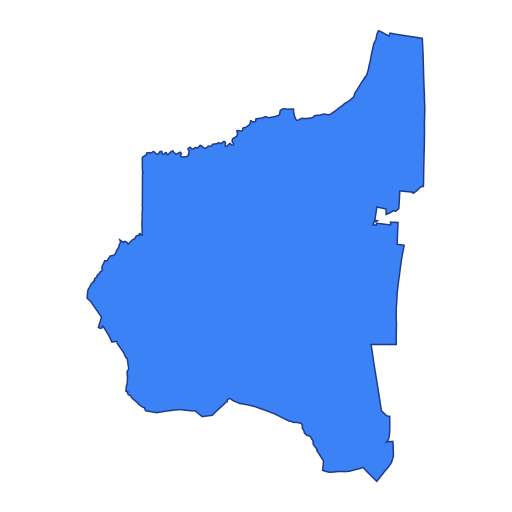 Cuautitlán Izcalli, México, Mexico (orthographic projection)
{"feature_id": "50627088B3961407760868", "entity_name": "Cuautitlán Izcalli", "entity_type": "district", "adm_level": 2, "iso_a3": "MEX", "parent_name": "Mexico", "parent_adm1": "México", "projection": "orthographic", "projection_center": [-99.233, 19.658], "detail": "fine", "context": "isolated", "style": "filled", "palette": "blue", "viewbox_px": 512, "rotation_deg": 0, "n_neighbors": 0, "source": "geoboundaries", "source_scale": "gbopen_adm2", "svg_char_len": 6056}
<svg xmlns="http://www.w3.org/2000/svg" viewBox="0 0 512 512"><path d="M156.5,412.7L165.4,411.2L175.6,409.9L180.1,409.6L192.1,410.9L195.0,410.8L202.2,416.6L212.2,415.3L215.9,411.6L223.6,404.6L226.3,401.8L227.2,401.7L227.3,401.5L227.3,399.9L229.2,398.3L231.4,399.4L232.4,400.2L233.3,400.8L238.3,402.8L239.6,403.5L241.5,403.8L241.7,403.6L243.0,403.8L244.1,404.2L248.1,404.9L255.3,406.7L258.7,408.0L269.2,411.7L271.6,412.8L273.3,413.2L289.1,421.1L291.7,421.5L292.9,422.3L297.0,422.5L301.1,423.3L301.8,424.4L302.6,426.2L302.2,427.4L302.2,428.0L302.3,428.3L303.4,429.8L304.1,431.2L304.2,432.4L304.9,433.3L305.2,434.0L306.3,434.6L306.7,435.2L308.2,435.7L309.4,436.0L310.2,436.3L310.4,436.6L311.9,439.3L313.0,440.6L313.1,440.9L312.9,441.9L313.3,442.3L313.4,442.7L313.2,443.4L313.3,443.7L313.1,444.1L313.2,444.4L313.8,444.8L314.4,446.0L317.2,449.5L316.7,450.3L323.5,460.9L322.7,470.4L325.4,471.3L328.7,472.2L331.7,472.2L338.4,471.5L342.9,471.5L345.8,471.6L349.4,471.2L360.6,468.3L363.0,467.4L367.6,472.3L375.9,480.5L376.8,481.3L385.1,470.8L387.5,468.1L390.8,463.7L392.0,460.9L392.9,458.0L393.4,456.0L393.4,451.7L392.9,441.4L388.2,441.7L386.5,442.1L387.6,440.9L388.4,439.6L388.8,438.1L389.6,433.6L389.8,426.8L389.7,416.3L387.8,416.1L386.8,415.8L384.8,414.0L383.3,412.6L382.1,411.5L381.6,411.0L381.3,410.2L380.0,401.4L375.9,375.7L373.7,362.2L373.1,357.7L371.1,344.5L396.2,344.5L396.3,331.4L396.5,324.7L396.2,318.5L396.2,308.8L396.8,301.4L397.1,293.7L398.2,284.0L399.5,274.5L400.7,265.0L402.1,256.1L404.2,245.3L397.1,244.3L398.0,222.5L390.5,222.1L390.6,225.0L376.6,223.2L376.3,225.1L373.1,224.9L373.6,222.8L374.0,222.2L374.5,221.9L376.1,221.5L377.3,220.7L374.8,220.3L376.9,207.0L386.0,209.0L386.1,214.5L389.7,213.0L393.6,210.6L395.6,211.3L398.8,208.6L399.3,201.0L399.8,190.9L413.0,192.2L413.0,193.2L413.7,193.0L416.0,191.4L417.7,189.8L419.8,187.7L421.1,186.9L422.7,186.3L423.4,186.4L423.6,180.2L423.7,170.8L424.1,153.0L424.3,146.5L424.5,130.4L424.4,124.4L424.8,109.2L424.4,97.0L424.4,94.1L424.0,86.7L423.6,73.8L423.1,54.9L422.3,38.3L394.9,34.1L390.1,33.1L388.9,36.0L380.4,31.4L378.5,30.7L377.4,32.9L376.7,35.3L375.9,39.7L373.9,43.4L373.3,45.9L371.8,52.5L369.9,62.9L369.6,63.2L368.2,70.2L366.7,74.9L365.5,76.8L364.8,77.1L364.6,77.5L364.8,77.7L361.5,82.5L356.6,90.6L354.7,93.3L354.3,95.5L353.6,97.0L349.3,100.6L346.9,102.4L344.7,103.4L342.1,105.8L338.7,108.1L336.6,110.0L330.3,114.3L328.4,114.8L325.2,114.2L323.3,114.1L320.2,115.1L318.7,115.3L316.6,115.3L315.0,115.6L314.3,116.0L313.7,116.7L312.1,117.8L305.6,118.6L301.8,118.3L301.3,118.5L298.5,120.0L297.3,120.4L296.6,120.3L295.9,119.4L294.7,116.6L293.5,111.4L293.6,109.1L291.9,109.0L290.0,109.2L289.0,109.0L288.2,109.3L284.8,108.8L283.1,108.8L281.0,109.9L280.2,110.5L279.7,113.7L278.9,115.2L277.9,115.7L273.1,117.0L268.4,117.7L265.7,116.6L264.4,117.0L262.3,118.0L257.7,118.6L255.9,118.9L255.6,121.0L255.4,121.3L255.0,121.6L254.2,121.8L252.7,121.8L251.3,120.9L250.7,120.9L250.8,121.1L250.3,122.0L250.2,122.6L250.3,123.3L250.1,123.8L249.1,124.9L246.0,127.3L245.0,127.6L243.3,127.7L242.8,128.7L242.4,130.4L241.5,131.2L237.9,130.5L237.0,130.7L236.7,131.0L237.3,132.1L237.4,132.6L237.3,134.8L237.0,136.0L235.2,137.3L233.2,138.3L232.5,139.0L232.2,139.8L232.2,142.0L233.5,143.5L233.7,144.2L233.6,144.6L233.3,144.9L232.5,145.2L232.2,145.2L231.6,145.0L231.2,144.7L230.1,143.5L229.8,143.5L229.6,143.6L226.6,146.4L226.3,146.5L226.0,146.5L225.6,146.4L225.4,146.2L225.2,145.4L225.5,142.7L225.1,141.9L224.6,141.6L224.2,141.4L223.5,141.6L223.0,141.9L222.0,142.9L221.0,143.4L220.3,143.5L219.3,142.9L218.8,142.7L216.5,143.8L213.3,144.1L212.7,144.3L212.3,144.7L211.7,145.9L211.5,146.1L210.3,146.2L208.7,146.1L207.9,146.4L207.0,147.3L205.9,148.1L205.1,148.3L204.5,148.2L203.1,147.3L200.9,145.4L200.5,145.3L199.9,145.5L199.3,146.1L198.2,147.6L197.9,147.7L197.6,147.9L197.1,148.0L196.4,147.6L195.3,147.5L194.5,148.0L194.0,148.6L193.2,149.0L192.7,149.0L191.8,148.7L191.3,148.4L190.5,147.5L190.0,147.2L189.2,147.7L188.0,148.7L188.1,149.5L188.3,149.9L189.0,150.7L189.0,151.7L188.8,153.5L188.6,153.9L188.3,155.0L187.9,156.0L186.3,156.7L182.3,157.0L181.2,156.8L181.0,156.7L180.4,155.2L181.3,154.1L180.8,152.4L180.3,152.2L176.0,154.2L173.4,152.1L173.1,151.1L172.6,150.8L170.8,151.9L168.1,154.5L166.8,154.5L166.5,152.9L165.4,152.6L164.5,153.7L163.6,154.1L162.5,154.3L161.8,151.4L160.2,151.4L158.4,153.7L157.8,154.3L156.3,153.8L155.5,153.3L154.7,152.2L154.1,151.9L153.3,151.6L150.9,153.0L148.8,152.6L146.7,153.0L146.7,154.5L142.4,157.3L142.3,159.1L142.4,170.3L142.6,171.8L142.8,171.7L143.0,172.0L143.1,172.6L142.5,173.7L142.4,189.8L142.4,203.2L142.2,205.7L142.5,207.5L142.2,212.5L142.1,219.0L141.9,224.5L142.1,228.0L142.0,229.6L142.2,231.5L142.1,233.1L142.2,234.9L141.6,234.8L140.7,234.9L140.3,234.6L140.1,233.6L139.9,233.5L139.4,233.7L139.1,234.2L139.0,235.5L137.5,235.6L136.2,236.0L135.7,236.8L135.1,238.3L132.0,240.2L129.4,242.9L128.1,244.0L127.8,243.9L127.3,242.7L126.0,241.8L125.2,241.4L124.5,241.4L124.2,241.7L123.9,242.3L123.6,242.4L122.5,241.6L121.7,241.3L119.9,240.0L120.6,242.1L119.3,244.8L118.5,247.6L116.6,250.5L115.2,254.2L113.1,255.5L110.4,255.9L106.8,261.0L104.8,260.6L101.8,267.4L101.8,268.0L102.1,268.7L102.3,270.0L101.7,271.0L100.8,271.5L100.7,271.7L99.8,272.2L99.6,273.3L98.0,274.5L97.7,275.1L97.1,275.4L97.2,276.0L97.1,276.6L96.6,277.1L94.9,278.5L94.7,278.8L94.6,279.4L94.0,280.6L94.0,280.9L94.4,281.0L93.8,281.6L93.2,282.0L92.9,282.1L92.7,282.3L92.7,282.5L92.1,283.2L91.4,283.6L91.3,283.8L91.1,284.4L89.1,288.0L88.3,289.2L88.0,289.9L87.6,292.2L87.2,296.1L87.2,298.4L89.2,300.1L91.2,302.1L91.3,302.4L101.5,317.1L98.4,327.4L99.6,328.1L101.6,328.2L102.7,326.0L104.5,328.4L108.9,335.7L111.9,342.1L116.7,341.3L117.6,344.0L123.5,352.4L125.8,357.5L127.2,358.5L127.9,363.2L128.3,366.1L128.7,367.8L128.6,369.2L127.2,371.3L127.1,373.0L127.3,374.9L127.5,378.6L127.1,384.2L126.4,385.9L125.9,391.1L126.6,391.7L127.7,391.6L127.7,393.5L128.2,394.6L129.1,395.1L130.1,395.3L131.1,396.3L132.0,398.1L137.2,402.5L138.4,404.0L141.4,406.4L143.1,407.3L144.5,407.8L145.5,410.7L156.5,412.7Z" fill="#3b82f6" stroke="#1e3a8a" stroke-width="1.5"/></svg>